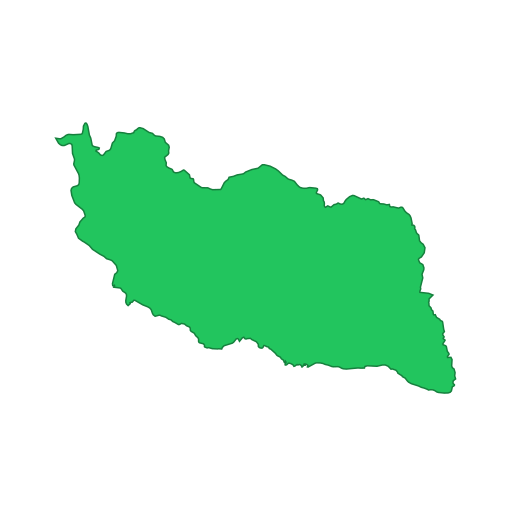 an SVG outline of Shanxi, rotated 277°
{"feature_id": "CHN-1805", "entity_name": "Shanxi", "entity_type": "Province", "adm_level": 1, "iso_a3": "CHN", "parent_name": "China", "parent_adm1": "", "projection": "equal_earth", "projection_center": [112.547, 37.663], "detail": "fine", "context": "isolated", "style": "filled", "palette": "green", "viewbox_px": 512, "rotation_deg": 277, "n_neighbors": 0, "source": "natural_earth", "source_scale": "10m", "svg_char_len": 6087}
<svg xmlns="http://www.w3.org/2000/svg" viewBox="0 0 512 512"><g transform="rotate(277 256 256)"><path d="M348.5,42.9L348.4,47.0L348.7,48.2L350.9,51.1L352.5,52.6L353.4,54.0L353.9,55.4L354.1,59.8L355.5,67.5L356.0,68.3L356.6,68.7L360.7,69.1L363.9,68.9L366.8,70.0L367.2,70.6L367.2,71.2L366.2,72.2L364.1,73.3L355.7,75.9L352.9,77.6L346.0,79.9L345.3,80.7L344.8,82.4L344.5,86.0L344.1,87.3L343.0,87.2L342.3,86.3L341.7,84.6L340.7,84.3L339.1,87.4L337.5,89.1L337.1,90.2L337.1,91.2L337.6,92.2L341.5,94.5L343.0,97.5L344.0,98.4L345.5,98.9L350.6,99.7L353.1,101.6L358.0,102.7L360.3,102.5L361.1,102.9L361.8,104.0L362.0,105.0L362.1,110.2L361.7,113.8L362.0,116.5L363.5,119.6L365.0,120.0L365.8,120.6L366.9,122.2L367.9,122.9L369.0,124.2L369.2,125.1L368.7,128.5L365.6,134.8L365.1,138.3L363.5,140.3L362.9,141.6L363.0,146.0L362.4,148.9L361.0,150.7L357.8,152.1L355.3,155.8L353.4,156.6L349.7,156.4L347.5,156.9L346.0,156.3L343.0,153.4L342.5,153.3L340.6,153.9L337.6,155.6L334.9,155.7L333.8,156.5L332.8,158.6L331.9,161.8L331.5,162.4L329.3,163.9L328.7,166.1L329.4,168.9L330.8,171.4L332.5,173.5L332.4,174.4L328.5,180.0L325.4,181.1L325.1,181.8L325.0,184.2L324.3,184.7L322.3,185.2L321.2,185.8L317.4,193.2L317.2,194.4L317.8,199.9L316.9,202.6L316.5,204.8L317.7,212.8L318.7,213.4L324.9,215.6L326.5,216.8L328.5,219.0L330.9,219.7L332.3,223.9L334.2,227.4L335.6,232.2L336.2,233.7L338.1,235.5L341.3,241.3L343.4,247.4L347.3,251.1L347.6,253.1L346.9,259.0L344.8,264.9L343.1,267.9L339.6,272.5L338.5,275.3L336.8,277.8L336.2,278.9L335.7,282.2L334.8,285.0L331.7,288.1L330.0,290.3L329.4,291.5L329.0,294.2L329.1,295.9L329.4,297.9L330.4,300.6L330.5,301.7L330.6,307.1L330.3,308.7L329.1,309.1L326.6,308.2L325.5,308.4L325.2,309.2L324.7,312.0L324.3,312.9L321.8,315.6L319.1,316.2L317.9,317.1L316.5,317.5L314.2,317.6L313.2,318.3L312.8,319.0L314.5,321.1L313.7,323.5L313.7,324.6L316.5,327.2L317.3,329.5L318.6,331.0L317.9,333.2L317.8,334.3L318.0,335.5L319.1,336.8L321.6,337.8L323.1,338.7L326.3,341.7L327.9,344.5L327.9,346.0L325.4,353.8L326.5,355.8L326.3,356.6L325.5,357.3L325.3,358.0L326.6,360.2L325.7,362.9L326.2,365.4L326.1,366.2L324.9,370.7L324.6,371.3L323.2,372.3L323.0,373.1L323.2,376.5L322.7,379.5L323.4,382.1L321.4,382.8L321.1,384.3L321.5,386.2L320.9,391.7L322.1,393.8L322.2,395.0L321.5,396.1L318.9,398.1L317.3,400.0L315.8,402.9L314.7,404.0L312.7,405.2L307.3,407.0L305.8,406.9L305.7,408.8L304.8,409.9L303.7,410.2L302.5,410.1L301.3,411.2L298.8,412.3L297.7,413.3L296.8,414.8L296.3,415.1L291.0,416.5L289.3,418.2L288.0,420.5L284.8,422.7L279.7,422.6L275.2,420.3L273.6,418.2L272.6,417.6L270.9,418.3L269.2,419.4L267.8,422.6L264.7,424.1L262.8,424.2L258.1,423.0L254.6,424.2L245.1,423.0L243.4,423.5L240.9,422.9L239.9,423.1L240.0,432.0L238.8,436.4L234.5,433.0L232.2,433.3L231.3,432.9L230.5,433.3L227.7,433.8L225.9,436.0L224.1,436.7L222.9,438.3L219.8,439.1L219.2,439.8L219.6,441.1L217.1,442.6L215.6,446.0L214.5,446.9L213.8,448.9L213.1,449.3L205.9,451.3L203.9,452.2L201.7,450.8L200.4,451.1L198.6,452.6L197.1,451.8L196.5,452.1L195.8,453.7L195.3,453.9L191.8,452.2L190.8,452.4L190.0,455.3L189.2,456.0L184.7,457.5L182.8,459.3L181.9,459.6L179.8,458.3L178.6,458.5L179.2,461.8L177.1,463.2L170.8,463.6L169.7,464.1L168.7,464.9L168.3,466.0L167.8,466.4L164.5,467.8L161.2,467.8L158.3,469.1L156.2,467.0L154.5,466.9L153.3,467.3L152.5,468.6L151.9,468.7L151.3,468.4L150.1,466.8L145.9,466.4L144.4,465.3L143.5,463.4L142.9,459.5L142.8,453.7L143.1,452.0L144.1,450.1L144.7,448.0L144.6,445.8L144.0,443.5L144.5,442.5L145.4,439.0L145.8,436.1L146.8,433.2L148.2,425.7L149.4,422.8L150.3,421.6L153.0,418.9L154.1,416.0L154.9,415.5L156.9,411.2L158.4,410.3L159.7,408.8L160.5,405.1L160.1,403.8L162.7,400.6L163.6,397.6L163.2,394.7L161.3,389.5L160.6,379.9L159.6,377.5L158.0,377.3L157.5,374.0L157.3,370.8L154.8,359.4L154.7,356.3L155.0,354.8L156.0,352.3L156.2,350.9L155.5,346.4L155.5,344.9L156.5,341.0L156.8,337.9L157.5,335.5L157.7,332.6L157.3,329.0L156.9,327.9L152.1,321.2L152.2,320.5L153.7,320.9L154.3,320.1L154.8,318.6L154.7,317.5L153.6,318.1L153.3,316.7L153.6,316.6L152.5,316.2L151.4,315.2L151.6,314.8L152.5,314.7L153.5,313.1L153.6,312.3L152.9,310.8L153.3,310.0L151.5,308.0L151.1,307.1L152.5,306.0L153.4,303.9L153.7,301.8L153.2,300.9L152.0,299.9L151.4,299.0L151.4,298.3L152.3,298.0L154.3,298.8L155.2,298.0L153.8,297.6L153.8,297.1L156.0,295.9L157.0,293.8L158.6,292.4L159.6,289.5L160.1,288.7L161.8,287.1L165.3,282.1L165.8,280.4L166.9,279.9L167.2,279.3L167.3,278.0L168.1,275.7L168.1,274.7L166.0,274.0L165.3,273.2L165.2,272.0L165.5,270.5L166.4,269.4L168.7,269.0L170.9,266.9L172.6,261.9L173.6,260.5L173.0,257.6L172.4,256.2L172.5,255.2L173.9,253.8L173.1,252.4L169.3,250.0L171.3,248.7L171.8,247.8L171.3,246.5L167.7,244.3L166.6,243.1L163.3,235.8L162.7,234.9L161.0,233.7L159.5,233.3L159.4,230.1L159.1,229.4L158.7,224.0L159.3,220.2L158.8,218.7L159.4,216.3L159.7,215.9L161.3,215.7L162.4,214.6L163.0,210.4L163.6,209.7L164.3,209.4L166.6,209.1L167.8,208.3L169.6,205.8L171.8,204.2L173.3,200.8L174.2,199.9L176.4,199.5L177.4,198.7L178.3,195.6L179.8,193.3L180.0,190.2L178.7,188.4L178.5,187.4L180.2,183.4L180.8,181.4L182.3,179.3L182.6,177.1L184.2,174.0L185.0,169.3L185.5,168.1L185.5,167.2L183.9,163.2L185.1,161.2L186.5,160.2L190.0,158.5L191.5,156.8L192.4,154.6L193.7,149.6L197.3,141.1L197.2,140.2L195.1,138.8L194.6,137.0L194.2,136.5L193.4,137.0L191.2,135.1L192.5,133.4L194.1,132.5L195.9,132.2L200.3,132.4L202.0,132.1L203.3,131.1L204.9,128.0L207.4,125.8L207.7,124.8L207.7,118.7L209.2,119.3L209.7,119.1L208.9,118.0L209.1,117.4L211.1,116.9L220.6,118.0L222.4,119.8L224.6,120.6L229.6,118.5L233.7,113.9L234.4,112.0L235.1,108.0L237.1,105.2L238.8,100.8L242.7,92.9L246.1,89.2L248.9,83.8L249.6,82.0L252.0,77.7L255.8,75.5L258.2,73.7L261.0,73.9L265.1,76.4L268.4,77.1L272.5,79.9L273.8,81.4L274.5,81.6L275.5,81.5L279.7,79.5L281.2,77.9L285.3,71.0L286.7,69.5L293.7,65.8L298.6,64.4L300.5,64.7L301.8,65.6L302.4,66.4L303.9,69.9L304.8,71.0L305.9,71.5L307.3,71.6L311.8,71.2L314.4,70.6L316.0,69.9L324.1,64.2L325.2,63.9L328.7,64.2L330.2,64.0L335.4,61.4L343.0,60.1L344.3,59.5L345.0,58.1L344.9,56.6L342.4,52.5L342.1,51.1L342.1,49.7L342.6,48.3L343.9,46.3L348.5,42.9Z" fill="#22c55e" stroke="#15803d" stroke-width="1.5"/></g></svg>